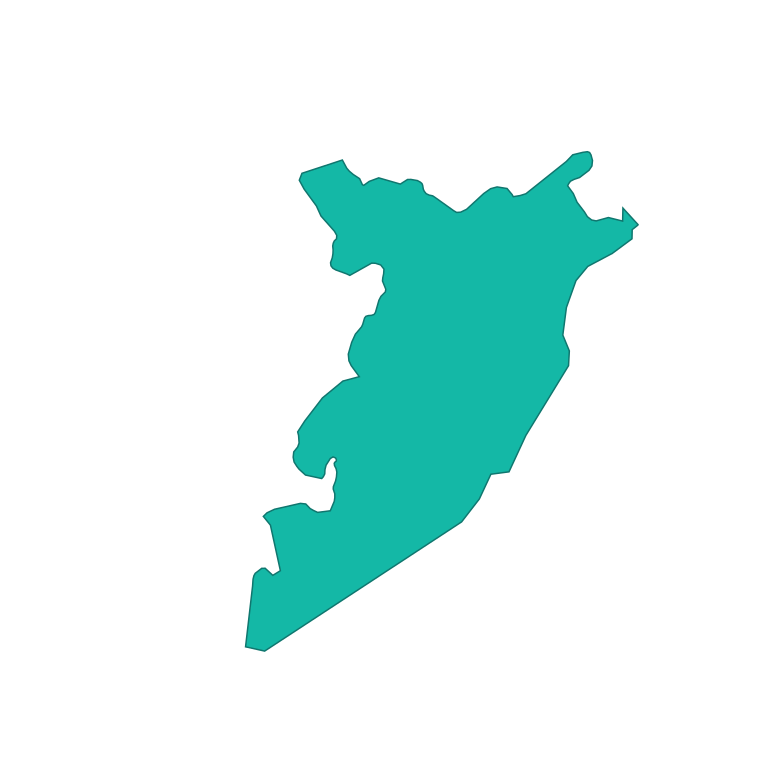 an SVG outline of Thurgau, rotated 115°
{"feature_id": "CHE-174", "entity_name": "Thurgau", "entity_type": "Canton", "adm_level": 1, "iso_a3": "CHE", "parent_name": "Switzerland", "parent_adm1": "", "projection": "orthographic", "projection_center": [9.06, 47.531], "detail": "fine", "context": "isolated", "style": "filled", "palette": "teal", "viewbox_px": 768, "rotation_deg": 115, "n_neighbors": 0, "source": "natural_earth", "source_scale": "10m", "svg_char_len": 2300}
<svg xmlns="http://www.w3.org/2000/svg" viewBox="0 0 768 768"><g transform="rotate(115 384 384)"><path d="M169.7,232.6L170.2,233.1L191.3,249.0L209.1,253.7L237.6,251.0L264.1,242.6L275.7,230.0L289.4,224.5L370.6,233.7L410.8,233.6L420.6,249.0L447.9,249.0L476.2,255.4L676.5,379.3L680.7,398.4L622.7,417.7L616.2,420.2L612.7,420.9L610.0,420.7L602.7,416.9L602.0,415.3L601.2,413.9L604.4,403.9L597.0,399.0L559.9,427.3L555.0,437.4L550.2,435.6L543.8,430.3L527.5,409.3L525.8,404.2L528.1,398.3L528.4,394.3L528.4,389.9L521.6,379.1L511.3,379.5L507.7,380.6L504.3,382.2L500.7,385.6L498.5,386.5L492.5,386.9L488.4,387.8L483.8,389.5L481.0,391.6L478.8,394.4L476.9,395.6L475.7,395.5L474.1,394.7L472.7,395.2L471.5,396.6L471.6,399.4L474.3,401.2L482.1,402.2L486.6,401.3L490.5,399.7L493.7,399.8L496.0,400.5L499.7,416.7L497.1,425.0L495.4,428.3L492.7,432.5L488.7,435.4L483.7,437.1L477.6,435.6L473.4,436.0L466.7,439.7L463.9,442.0L451.0,440.2L422.6,433.9L398.7,422.5L387.8,409.5L381.2,421.5L377.8,425.6L372.0,429.0L359.9,430.9L350.9,431.0L341.7,428.5L338.9,428.5L332.4,429.5L330.3,429.0L328.6,427.1L327.1,424.4L325.2,422.4L322.8,422.0L310.2,424.0L305.8,423.8L300.0,421.7L297.4,422.4L291.3,428.9L288.2,430.0L284.3,430.9L279.9,432.6L277.5,437.3L278.2,442.8L279.7,446.3L300.0,460.9L300.0,464.7L301.0,475.7L300.7,479.3L299.3,482.0L296.7,483.7L291.6,484.2L287.6,485.3L284.0,486.8L280.6,488.8L277.8,489.5L275.3,489.5L272.5,488.4L269.3,489.6L266.5,493.5L258.4,512.1L251.2,520.5L241.1,538.8L235.1,546.9L227.7,547.4L198.6,516.4L204.2,508.9L205.8,505.3L207.1,500.5L208.2,492.9L212.5,487.8L212.5,486.3L206.6,483.0L199.4,475.9L195.9,453.7L188.7,449.1L187.2,446.0L185.5,439.7L185.7,436.3L186.3,434.3L187.5,433.0L190.8,430.7L192.3,429.0L193.7,426.2L193.7,424.1L193.7,422.7L193.3,421.3L192.9,419.3L193.3,416.7L197.5,394.0L197.8,390.7L195.9,387.2L190.8,383.0L169.2,374.1L161.9,369.9L157.6,364.8L154.8,355.1L158.2,347.9L159.6,346.0L155.7,340.3L151.6,335.8L105.3,312.8L96.5,309.8L90.0,301.7L87.5,297.8L87.3,295.5L88.9,293.2L93.3,289.5L98.5,287.7L103.7,288.5L114.2,294.0L118.2,298.2L121.4,300.7L124.5,301.3L126.8,301.3L131.4,292.9L137.7,285.8L143.3,275.1L146.4,270.4L147.6,265.1L146.5,260.6L138.3,251.0L135.5,236.6L123.6,241.8L132.2,221.1L132.8,221.1L139.2,224.3L147.6,220.6L169.7,232.6Z" fill="#14b8a6" stroke="#0f766e" stroke-width="1.5"/></g></svg>